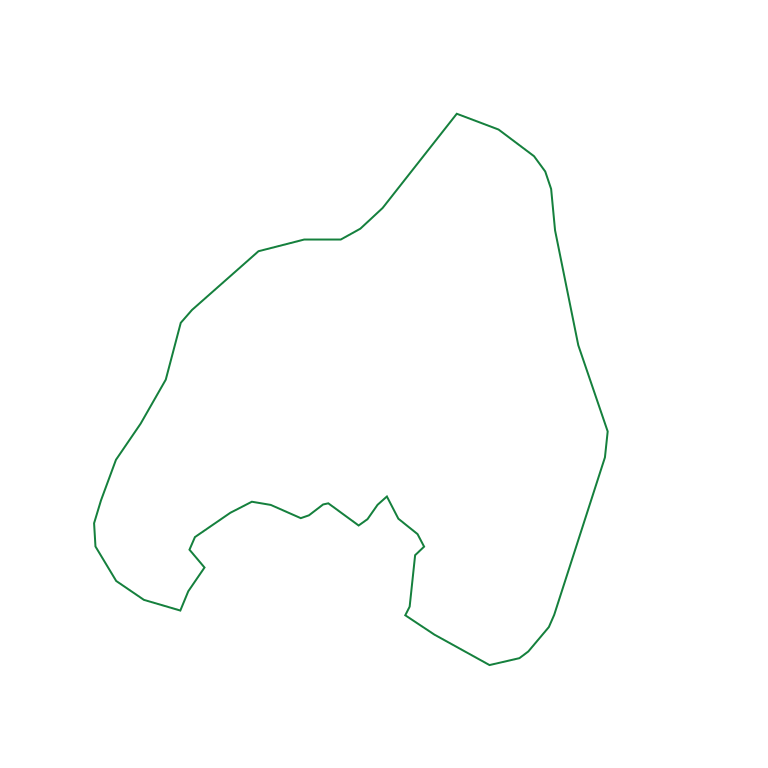 the County of Oslo, rotated 18°
{"feature_id": "NOR-921", "entity_name": "Oslo", "entity_type": "County", "adm_level": 1, "iso_a3": "NOR", "parent_name": "Norway", "parent_adm1": "", "projection": "orthographic", "projection_center": [10.625, 59.979], "detail": "fine", "context": "isolated", "style": "outline", "palette": "green", "viewbox_px": 768, "rotation_deg": 18, "n_neighbors": 0, "source": "natural_earth", "source_scale": "10m", "svg_char_len": 801}
<svg xmlns="http://www.w3.org/2000/svg" viewBox="0 0 768 768"><g transform="rotate(18 384 384)"><path d="M475.7,597.4L477.2,587.8L466.5,537.2L472.4,526.3L462.3,516.4L439.3,507.7L421.5,490.1L415.2,500.9L410.1,517.6L403.6,526.4L367.9,514.7L363.3,517.4L353.2,532.1L346.3,537.3L313.6,534.0L294.7,536.8L277.7,553.9L251.5,588.0L250.2,601.7L270.0,614.0L261.9,641.6L260.3,662.4L222.4,663.5L190.2,654.1L159.8,627.7L151.3,606.0L150.8,582.2L152.5,538.9L164.8,496.9L175.1,447.3L171.8,388.6L178.5,372.9L223.6,296.5L263.4,271.3L298.2,260.0L313.5,243.6L328.3,217.0L369.7,104.5L414.3,106.6L456.3,121.0L471.7,132.1L482.7,146.9L499.2,185.0L556.8,287.1L611.4,360.0L616.8,385.5L617.2,551.0L615.9,564.2L603.9,593.8L597.5,602.9L571.2,618.7L509.4,606.8L475.7,597.4Z" fill="none" stroke="#15803d" stroke-width="2"/></g></svg>